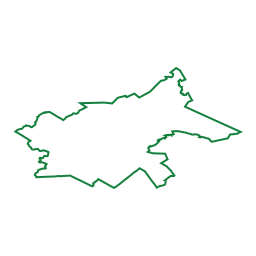 Tilžas pag., Balvu, Latvia (Equal Earth projection)
{"feature_id": "27541924B42747545330517", "entity_name": "Tilžas pag.", "entity_type": "district", "adm_level": 2, "iso_a3": "LVA", "parent_name": "Latvia", "parent_adm1": "Balvu", "projection": "equal_earth", "projection_center": [27.384, 56.906], "detail": "fine", "context": "isolated", "style": "outline", "palette": "green", "viewbox_px": 256, "rotation_deg": 0, "n_neighbors": 0, "source": "geoboundaries", "source_scale": "gbopen_adm2", "svg_char_len": 5316}
<svg xmlns="http://www.w3.org/2000/svg" viewBox="0 0 256 256"><path d="M156.8,187.6L158.2,186.9L159.1,186.3L164.0,185.1L164.5,184.9L165.2,184.2L165.8,180.2L165.6,180.0L165.3,180.0L166.2,179.3L170.6,176.0L174.0,176.0L174.4,175.5L174.3,175.3L174.2,175.1L173.3,174.1L172.5,173.0L171.1,170.9L169.6,169.4L169.2,168.9L168.5,168.3L168.0,167.7L166.6,166.3L161.8,163.5L161.6,163.4L161.2,163.2L163.5,161.8L167.5,159.3L167.3,159.1L167.2,159.0L167.2,158.8L167.1,158.2L166.7,157.4L166.5,157.0L165.2,153.7L153.0,153.3L149.1,152.2L148.9,152.3L147.8,151.9L148.9,151.0L149.4,150.5L149.4,150.4L148.4,148.4L148.4,147.9L149.0,147.3L148.8,147.1L150.2,146.0L150.6,146.4L150.8,146.5L154.9,145.1L156.7,143.8L159.0,141.4L157.7,140.6L157.7,140.4L158.9,139.6L159.2,139.5L159.7,139.8L160.5,139.6L161.2,139.3L161.5,138.8L162.6,138.5L163.1,138.1L163.4,138.0L163.7,138.0L165.1,138.5L165.4,138.0L165.2,137.7L166.0,137.2L166.3,137.0L165.9,136.5L165.7,136.6L165.2,135.6L164.9,135.5L165.7,135.1L167.4,135.0L168.3,134.9L168.5,135.3L170.1,134.8L170.7,134.7L171.7,135.7L172.5,135.5L172.4,135.5L171.9,134.7L173.7,134.2L173.5,133.8L172.3,131.4L172.7,131.4L172.9,131.5L173.8,131.2L178.0,131.2L178.5,131.2L178.8,131.3L179.1,131.4L180.6,131.6L181.6,131.9L182.2,132.0L182.8,132.1L183.9,132.3L184.5,132.4L185.2,132.5L186.5,132.8L187.9,133.4L188.9,133.6L189.3,133.7L189.8,133.8L190.2,133.8L190.4,133.9L190.8,134.0L191.3,134.3L191.8,134.5L192.1,134.6L192.4,134.6L193.3,134.5L193.8,134.5L194.6,134.3L196.6,134.4L199.5,135.6L199.5,135.9L199.5,136.0L199.3,136.2L199.3,136.4L199.3,136.6L199.3,136.8L199.1,137.1L199.4,137.2L199.5,137.2L199.9,137.2L200.0,137.2L200.3,137.2L200.4,137.3L200.5,137.2L201.8,136.8L209.3,138.9L210.1,140.4L210.7,140.7L210.7,140.8L210.8,140.9L211.7,141.8L213.6,141.4L225.1,138.9L226.4,138.6L227.7,138.4L228.0,138.0L229.7,135.2L230.2,134.4L232.0,134.3L236.8,133.8L237.9,133.3L240.6,131.9L235.3,129.5L202.8,114.8L185.0,106.7L185.6,105.8L188.1,102.1L192.1,100.3L192.0,100.2L190.6,97.8L190.2,97.0L189.2,95.1L188.1,93.0L187.8,93.1L186.6,93.7L186.0,94.9L185.8,95.0L184.9,94.9L184.5,94.9L184.0,95.1L183.9,95.1L182.8,94.6L182.5,94.4L182.8,93.7L182.7,93.6L181.6,93.3L180.9,93.1L180.6,92.8L181.0,91.7L181.1,90.8L182.1,90.1L182.0,89.4L182.1,89.1L181.7,88.3L182.0,87.0L180.9,86.9L180.1,86.3L179.6,85.0L179.2,84.6L178.8,84.9L178.7,83.8L179.3,82.7L179.0,82.2L178.4,81.4L179.5,80.2L180.1,79.6L181.7,81.0L185.4,79.5L183.0,75.4L181.7,73.3L180.0,70.4L176.1,68.1L170.6,72.4L173.2,73.9L172.9,75.9L171.5,77.3L169.7,76.9L165.6,76.9L166.7,78.7L165.7,79.3L164.2,80.2L160.9,80.8L154.7,86.9L152.1,89.6L151.0,90.7L149.8,91.8L142.7,95.7L139.2,97.5L134.4,93.6L133.3,94.1L132.6,94.4L126.5,97.2L125.6,95.8L124.3,96.1L121.7,96.8L117.7,97.8L114.8,100.8L114.0,101.6L113.5,102.1L112.1,103.5L108.4,103.0L105.2,102.7L104.5,102.6L104.4,102.6L99.5,102.7L96.7,102.8L92.5,102.9L90.2,102.9L90.2,103.0L86.2,103.0L80.3,103.2L82.4,104.6L85.2,106.4L86.2,107.2L79.1,110.8L78.2,112.8L76.2,113.9L73.7,113.3L73.3,113.3L72.0,114.7L71.8,114.9L69.7,115.6L66.4,117.0L66.0,117.5L64.9,118.9L63.2,120.1L62.0,119.3L59.8,117.9L59.5,117.9L57.4,116.6L56.5,116.1L55.8,115.6L53.7,114.4L49.5,111.9L45.0,112.7L45.3,112.3L44.0,112.5L41.1,114.1L39.2,115.3L38.7,116.4L37.4,116.9L37.7,117.5L36.4,121.2L35.1,122.3L35.6,122.8L35.4,124.1L35.3,124.7L32.7,126.5L32.1,127.1L31.9,127.0L31.0,127.2L29.4,126.0L26.0,125.6L25.9,125.5L25.6,126.0L25.3,126.2L24.2,126.4L24.0,126.5L23.6,126.8L22.0,128.8L20.4,129.0L18.5,129.5L17.3,130.1L16.2,130.9L15.4,131.6L18.5,133.3L30.4,140.7L28.7,141.8L28.6,142.0L27.7,143.8L28.6,144.8L28.8,145.2L29.5,146.5L31.0,147.6L31.4,148.5L31.6,149.0L32.5,149.4L32.8,149.6L33.2,149.6L37.5,148.9L38.1,149.2L38.5,149.5L39.4,150.7L39.6,150.9L40.5,151.0L41.1,150.9L41.5,150.9L42.0,150.7L43.1,150.4L43.5,150.3L46.5,151.3L47.6,151.7L48.1,151.9L48.4,152.0L48.5,152.3L47.8,155.6L47.6,156.0L47.2,156.2L46.9,156.2L46.7,156.2L44.8,155.9L44.5,155.9L44.3,156.0L44.0,156.2L43.9,156.5L43.4,157.3L43.3,157.6L43.0,157.9L42.8,158.1L42.5,158.2L42.4,158.2L41.1,157.9L40.1,157.7L39.6,158.2L39.5,158.4L39.5,158.5L39.7,158.9L40.4,159.7L40.6,159.9L40.7,160.0L40.7,160.3L40.5,160.5L38.9,161.8L39.0,162.0L39.3,162.2L39.7,162.4L39.9,162.4L40.5,162.3L41.0,162.3L42.5,162.4L46.3,163.8L46.5,163.9L46.6,164.0L46.4,164.5L45.0,166.2L44.9,166.3L45.0,166.7L45.9,167.9L45.9,168.1L45.6,168.4L45.2,168.5L43.4,168.5L43.2,168.5L38.5,169.9L38.2,170.1L37.9,171.8L37.7,172.0L36.9,172.5L35.4,173.4L34.8,174.9L34.8,175.0L35.4,175.6L36.7,176.9L36.8,177.0L36.7,177.2L42.8,176.9L52.9,176.5L54.4,176.5L57.8,176.1L58.4,176.1L59.0,175.9L59.9,176.3L60.0,176.2L63.3,176.0L68.0,175.7L70.2,175.6L70.3,175.6L71.0,176.0L72.1,176.6L83.6,182.1L84.9,182.8L91.7,186.1L92.4,186.3L92.7,186.1L93.5,185.6L93.5,185.3L93.5,184.9L93.4,184.4L93.1,183.8L93.1,183.6L93.4,183.0L93.8,182.7L94.6,182.5L94.9,182.4L95.0,182.1L95.1,181.9L95.2,181.7L95.3,181.6L95.5,181.5L96.2,181.3L96.4,181.1L96.6,181.0L97.0,180.6L97.5,180.2L98.1,179.2L98.4,179.2L103.5,182.1L104.2,182.5L104.3,182.5L106.8,183.9L111.3,186.5L113.3,187.5L113.5,187.6L114.0,187.9L114.6,187.5L115.4,187.0L116.7,186.2L117.6,185.5L118.4,184.9L120.2,183.6L123.0,181.3L125.5,179.3L130.0,175.8L130.5,175.4L134.9,171.7L135.5,171.7L138.4,169.3L139.6,168.3L142.8,170.1L144.9,171.3L145.5,172.2L147.7,175.2L150.0,178.3L151.9,181.0L152.9,182.3L154.3,183.9L156.8,187.6Z" fill="none" stroke="#15803d" stroke-width="2"/></svg>